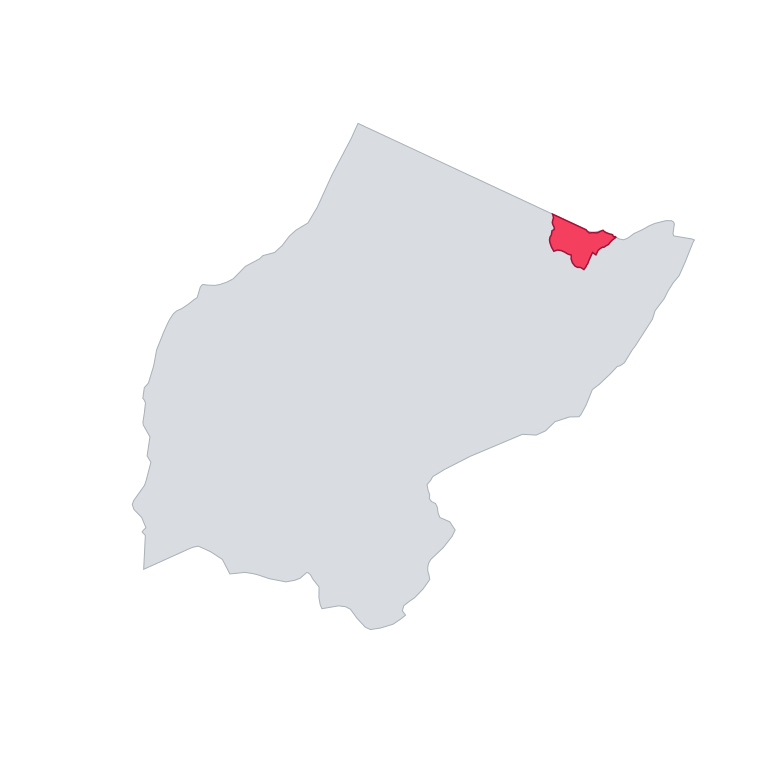 Isingiro on a map of Uganda (Natural Earth projection), rotated 205°
{"feature_id": "UGA-3370", "entity_name": "Isingiro", "entity_type": "County", "adm_level": 1, "iso_a3": "UGA", "parent_name": "Uganda", "parent_adm1": "", "projection": "natural_earth1", "projection_center": [30.796, -0.839], "detail": "fine", "context": "in_parent", "style": "filled", "palette": "rose", "viewbox_px": 768, "rotation_deg": 205, "n_neighbors": 0, "source": "natural_earth", "source_scale": "10m", "svg_char_len": 3209}
<svg xmlns="http://www.w3.org/2000/svg" viewBox="0 0 768 768"><g transform="rotate(205 384 384)"><path d="M517.7,609.2L508.8,609.2L494.2,609.2L479.7,609.2L465.1,609.2L450.6,609.2L436.0,609.2L421.5,609.2L406.9,609.2L392.4,609.2L377.8,609.2L363.2,609.2L348.7,609.2L334.1,609.2L319.6,609.2L305.0,609.2L290.5,609.2L275.9,609.2L267.3,609.2L265.6,608.9L264.4,608.5L258.9,609.7L253.2,613.8L247.2,615.6L240.7,614.9L239.9,615.3L236.6,615.2L231.9,614.9L227.7,616.0L224.4,619.7L221.1,625.9L215.1,633.0L210.5,639.4L206.5,643.9L197.4,651.3L192.4,653.5L190.0,653.1L188.5,651.8L185.6,642.3L183.9,640.7L166.2,645.6L163.5,645.7L163.8,642.8L162.5,620.5L162.3,606.8L164.6,598.3L165.9,588.4L166.1,579.7L169.3,565.0L168.1,556.1L172.3,525.0L173.4,520.0L175.1,504.9L177.7,500.3L180.0,498.5L183.0,489.3L188.8,474.6L192.8,467.0L191.9,450.4L192.6,439.2L193.5,436.7L202.0,432.5L213.1,422.1L217.8,409.8L224.5,402.0L237.3,396.9L275.3,354.9L293.0,332.2L300.7,320.6L301.0,316.5L302.5,311.0L299.4,306.7L295.7,302.8L294.5,299.3L291.3,297.5L286.8,297.5L283.7,294.9L280.3,289.8L276.9,286.6L266.1,286.9L257.8,281.7L257.9,274.6L261.2,260.6L267.5,244.6L267.8,240.2L266.9,236.4L265.4,233.2L262.6,230.0L259.9,226.2L262.0,214.6L265.9,203.3L269.2,197.7L272.4,191.4L271.5,186.2L266.8,183.6L269.2,178.6L274.3,170.1L284.0,161.4L292.5,155.7L298.2,155.7L309.3,160.2L319.3,165.7L324.8,165.9L331.5,163.7L345.3,154.1L348.6,157.1L352.7,162.9L357.1,172.6L365.8,177.0L370.0,180.0L373.0,180.9L374.6,180.1L377.9,172.5L381.9,168.4L389.3,163.2L405.6,159.1L417.2,157.8L422.2,156.9L430.4,154.5L443.4,146.7L456.3,156.7L470.2,158.7L483.7,158.6L487.8,155.6L490.2,153.2L504.3,136.8L523.5,114.5L536.3,145.9L540.7,147.7L540.1,150.5L539.0,153.1L547.3,160.7L557.6,164.6L561.3,168.5L561.6,172.7L558.2,191.0L558.8,196.2L562.2,214.6L568.3,218.7L573.8,237.2L584.8,245.1L586.3,247.3L588.9,256.3L592.2,266.1L594.9,268.4L596.5,269.0L599.7,279.4L597.9,285.2L600.4,303.0L604.5,318.9L605.6,337.9L605.7,346.3L605.6,351.4L604.6,358.6L602.7,362.8L599.2,366.8L595.3,373.2L591.9,380.1L589.8,383.4L591.4,393.7L591.0,396.4L590.1,397.7L585.1,399.3L578.8,402.0L574.9,404.7L569.5,409.9L565.1,415.6L559.3,432.1L549.6,445.0L548.0,449.2L538.8,456.9L534.8,466.4L532.3,478.0L528.7,486.4L521.0,497.8L519.2,515.9L519.5,551.9L517.5,593.0L517.7,609.2Z" fill="#d9dde1" stroke="#a8b0b8" stroke-width="1"/><path d="M236.8,615.3L235.9,615.0L236.1,614.3L237.8,611.2L239.0,607.8L239.2,606.3L239.8,604.8L240.8,603.7L242.5,600.9L243.7,600.4L245.3,598.1L246.4,595.7L246.5,590.6L250.6,591.3L250.5,583.0L250.2,579.0L250.6,577.2L250.5,575.5L251.2,572.2L254.5,572.7L256.1,572.4L257.8,571.5L260.8,571.6L264.5,573.5L267.4,576.6L268.1,578.6L269.0,580.1L270.8,579.6L272.6,579.5L276.2,579.9L279.8,579.8L283.3,578.8L286.2,576.1L290.0,578.8L293.4,582.3L294.9,584.6L295.6,587.3L295.3,589.7L296.5,593.9L295.0,596.0L296.1,598.1L298.0,599.5L299.7,601.4L300.3,603.9L300.6,606.2L302.1,608.2L303.0,609.2L301.3,609.2L286.3,609.2L271.3,609.2L266.0,609.2L264.7,608.5L261.8,607.6L258.7,609.5L255.6,610.6L254.4,611.3L251.5,614.9L250.5,615.9L248.5,615.2L246.7,615.0L242.6,615.4L241.0,615.8L240.1,615.9L239.6,615.7L239.2,615.1L238.6,614.7L237.5,614.6L236.9,615.2L236.8,615.3Z" fill="#f43f5e" stroke="#9f1239" stroke-width="1.5"/></g></svg>